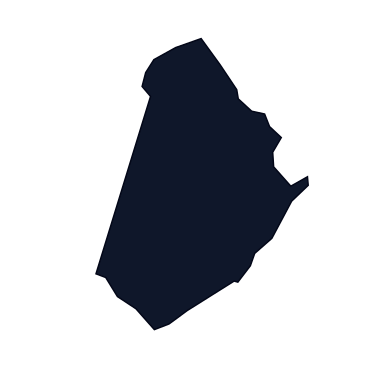 the district of Treutlen, Georgia, United States of America, rotated 119°
{"feature_id": "52423323B24374118756393", "entity_name": "Treutlen", "entity_type": "district", "adm_level": 2, "iso_a3": "USA", "parent_name": "United States of America", "parent_adm1": "Georgia", "projection": "robinson", "projection_center": [-82.588, 32.403], "detail": "fine", "context": "isolated", "style": "filled", "palette": "ink", "viewbox_px": 384, "rotation_deg": 119, "n_neighbors": 0, "source": "geoboundaries", "source_scale": "gbopen_adm2", "svg_char_len": 542}
<svg xmlns="http://www.w3.org/2000/svg" viewBox="0 0 384 384"><g transform="rotate(119 192 192)"><path d="M129.8,93.6L122.7,98.4L139.0,108.4L130.4,132.8L118.1,140.7L101.1,140.3L97.2,155.9L88.6,166.3L92.4,179.0L88.1,196.7L80.8,202.5L67.1,229.1L53.4,258.4L73.6,276.3L94.7,289.5L110.0,290.4L123.9,286.8L128.5,274.6L310.1,236.3L308.6,226.0L319.6,206.5L321.3,184.4L330.6,158.2L318.5,148.1L298.0,138.7L249.5,112.0L248.6,108.2L228.2,105.2L215.3,107.4L193.8,99.7L151.7,100.4L129.8,93.6Z" fill="#0f172a" stroke="#020617" stroke-width="1.5"/></g></svg>